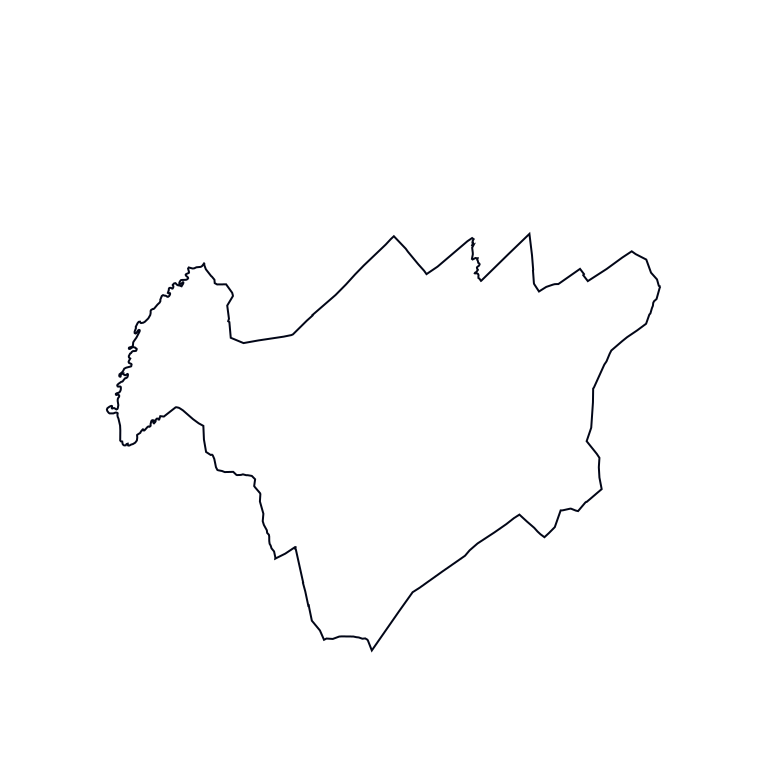 Malienas pag., Aluksne, Latvia, rotated 123°
{"feature_id": "27541924B29031976448606", "entity_name": "Malienas pag.", "entity_type": "district", "adm_level": 2, "iso_a3": "LVA", "parent_name": "Latvia", "parent_adm1": "Aluksne", "projection": "robinson", "projection_center": [27.166, 57.339], "detail": "fine", "context": "isolated", "style": "outline", "palette": "ink", "viewbox_px": 768, "rotation_deg": 123, "n_neighbors": 0, "source": "geoboundaries", "source_scale": "gbopen_adm2", "svg_char_len": 6166}
<svg xmlns="http://www.w3.org/2000/svg" viewBox="0 0 768 768"><g transform="rotate(123 384 384)"><path d="M471.4,623.3L472.1,622.5L475.8,621.7L476.8,621.1L477.1,620.8L477.0,619.9L476.4,619.5L473.0,619.4L472.1,619.0L471.9,618.5L472.0,618.1L473.0,617.6L479.9,616.9L484.9,617.1L485.9,616.9L488.5,615.5L489.2,615.5L490.1,615.7L492.1,617.5L492.6,617.6L493.2,617.3L493.4,616.8L493.0,616.2L489.9,614.8L489.6,614.5L489.0,612.5L489.3,611.7L489.1,611.1L489.2,610.6L489.8,610.2L491.1,610.0L492.0,610.8L493.1,612.4L494.5,613.0L495.9,613.0L496.8,613.5L499.6,613.2L500.5,612.5L500.8,611.7L500.8,610.7L502.5,610.6L504.2,610.4L504.8,610.0L505.2,609.2L504.8,607.0L505.0,606.4L506.7,605.7L507.1,605.8L510.7,609.1L512.6,610.2L515.1,609.9L517.1,610.1L519.9,611.1L521.2,610.6L521.7,610.0L521.6,609.2L521.3,609.0L520.6,609.2L519.4,609.9L518.9,609.8L518.2,609.3L517.1,608.3L517.7,608.0L517.8,607.4L517.6,605.8L517.1,605.4L515.6,604.8L515.3,604.6L515.3,604.1L515.7,603.7L517.6,603.0L518.6,603.1L519.6,603.6L520.1,604.2L521.9,604.5L523.9,604.6L524.4,604.7L525.2,605.5L528.2,606.7L529.7,607.1L530.4,607.0L531.1,606.1L531.0,605.6L529.8,603.9L529.8,603.3L530.6,602.5L532.3,601.6L533.9,601.3L535.1,601.4L536.7,602.5L537.2,603.0L538.3,603.5L538.7,603.3L539.0,602.8L538.9,602.4L537.9,601.5L537.7,600.8L537.8,599.9L538.5,599.4L539.0,599.2L540.6,599.3L541.8,599.0L543.3,598.1L546.4,595.3L549.3,594.1L550.2,594.0L551.1,594.6L551.1,597.0L551.5,597.7L552.6,598.6L552.5,599.1L550.7,600.0L550.7,600.5L551.4,601.2L552.6,601.9L554.4,602.6L555.1,602.8L556.5,602.4L557.4,601.2L558.1,599.2L558.1,598.1L556.1,595.0L554.3,593.7L553.6,592.6L553.5,591.6L553.9,591.2L554.6,591.0L555.7,590.3L556.7,589.3L557.5,588.0L562.6,582.7L566.5,579.9L575.0,574.5L575.4,573.5L574.8,572.2L576.5,570.7L576.9,570.0L577.1,569.0L576.9,568.3L576.1,567.2L574.6,567.2L573.6,566.4L574.9,565.2L574.7,564.6L574.1,563.9L572.7,563.2L571.0,561.8L568.7,560.7L566.0,560.5L563.4,561.7L561.3,563.3L560.8,563.2L557.7,561.8L556.3,562.0L553.4,561.6L553.2,561.2L553.4,560.7L553.9,560.5L553.7,559.9L553.2,559.6L548.7,558.9L548.0,558.5L547.6,558.0L547.7,557.6L546.8,557.0L546.1,557.0L544.8,557.9L543.4,558.4L542.0,558.9L541.1,558.9L540.3,558.3L540.0,557.4L541.7,556.9L542.3,555.9L542.3,555.5L540.7,555.2L539.8,555.2L539.0,555.8L537.2,555.8L536.7,555.6L535.9,554.2L536.0,553.9L536.5,553.6L536.2,553.2L532.8,554.1L531.2,550.9L517.2,546.1L516.8,545.8L516.5,545.3L515.7,543.2L515.6,541.8L515.6,538.4L517.5,525.0L517.9,518.0L517.5,512.7L528.6,504.8L537.9,496.2L537.9,490.7L537.0,489.8L537.1,488.8L539.3,485.5L545.3,479.6L546.8,477.0L546.7,476.2L545.2,472.5L544.6,469.6L539.8,462.6L540.6,458.3L540.4,457.6L538.2,454.5L536.6,453.1L535.5,449.8L534.7,448.6L533.2,445.1L533.1,444.7L534.1,440.2L540.3,437.3L540.8,436.1L543.1,428.4L543.7,427.7L550.1,424.1L558.5,414.5L565.1,411.0L567.6,408.0L570.5,402.6L572.5,400.9L573.1,398.5L574.3,397.3L578.2,394.7L580.3,392.9L581.2,391.1L583.1,388.8L584.3,385.0L588.7,380.6L589.7,380.1L580.0,374.4L569.1,369.7L569.0,369.2L570.6,368.8L570.6,368.0L594.6,343.6L594.9,343.7L600.8,337.1L611.2,326.7L610.7,326.4L612.5,324.8L621.8,315.6L625.6,303.5L631.2,295.0L628.8,293.6L625.7,288.1L620.2,284.0L618.7,282.0L612.5,272.2L611.4,269.3L610.3,267.1L609.4,263.4L607.6,261.2L607.5,258.8L607.8,257.9L614.1,249.1L566.5,247.6L543.0,246.6L535.8,243.3L509.4,232.9L483.9,222.5L476.9,221.6L466.8,218.7L448.4,210.6L434.9,205.1L425.8,202.0L419.8,199.3L421.5,189.2L422.8,179.7L424.1,174.9L424.8,170.9L425.1,166.0L419.2,164.5L411.0,162.8L393.8,167.0L392.7,165.4L387.2,160.0L386.7,159.2L385.7,154.2L384.9,152.0L373.7,150.6L372.7,150.2L372.5,149.8L353.6,144.2L345.1,152.4L336.8,158.5L328.6,163.1L326.7,167.5L321.6,182.9L307.8,186.4L285.7,198.7L273.9,206.1L272.7,206.0L247.7,209.8L243.9,209.7L235.8,211.2L232.1,211.6L218.4,207.6L212.3,205.6L201.2,200.9L190.7,197.0L181.2,199.3L179.8,199.0L174.5,200.6L171.9,201.1L169.3,202.4L167.5,202.6L164.3,201.7L153.1,205.2L151.8,205.4L151.7,205.2L152.0,207.0L147.6,212.0L145.2,220.7L136.8,231.8L138.0,243.7L137.8,248.5L148.1,253.0L166.2,259.9L186.7,269.1L184.2,276.2L182.9,276.1L180.7,282.3L205.2,292.2L207.2,295.1L208.6,296.4L214.2,300.8L222.0,304.4L218.4,312.5L217.8,313.2L207.5,321.0L207.1,321.0L195.4,330.0L178.9,343.8L206.9,350.3L244.5,358.7L244.7,358.8L243.7,361.3L243.7,362.5L242.6,363.3L241.2,364.0L240.5,365.1L240.5,365.9L240.7,366.6L241.7,367.9L241.7,368.2L241.0,368.2L239.9,367.6L237.2,367.4L237.0,367.5L236.7,368.6L235.7,369.5L234.9,369.5L233.1,368.8L231.7,368.9L231.2,369.4L230.9,370.7L231.0,371.0L229.7,372.3L229.1,373.4L227.5,373.9L227.8,374.4L228.3,374.6L228.2,375.1L228.5,375.9L231.3,377.5L231.2,378.4L226.9,380.1L225.6,381.0L221.7,384.3L218.7,384.6L219.9,385.2L219.8,385.7L217.4,385.8L216.6,386.7L216.9,387.0L215.6,387.6L213.7,387.7L213.6,389.6L218.8,391.8L256.4,403.0L268.7,408.2L267.2,412.0L264.9,420.5L260.0,436.1L258.7,439.4L254.7,456.2L258.7,457.2L266.1,458.5L295.6,465.5L307.7,467.9L321.2,470.1L335.7,473.1L365.2,481.6L365.4,481.2L372.8,483.2L392.0,487.4L393.5,488.4L398.9,493.9L415.9,513.1L426.2,524.1L428.7,537.7L416.3,547.4L416.2,548.9L413.8,549.5L403.6,558.2L392.6,558.6L392.0,559.0L390.2,561.0L386.4,570.7L391.4,578.2L391.6,580.9L388.9,583.0L387.7,586.8L387.6,587.8L384.8,595.9L382.2,599.4L381.0,600.2L380.9,600.6L384.1,600.8L385.6,601.5L388.3,604.9L390.4,606.2L391.4,607.5L392.6,611.2L393.9,611.2L396.4,608.4L397.1,608.2L399.6,609.8L400.5,609.8L401.0,609.0L401.4,606.5L401.9,605.9L402.8,605.9L404.0,606.4L404.6,607.0L407.0,610.4L407.6,610.9L409.0,611.0L410.3,610.9L411.5,610.2L410.6,609.0L409.5,608.4L408.1,608.0L408.1,607.6L409.1,607.1L412.3,607.0L412.8,609.3L413.4,610.4L413.5,611.7L413.0,613.8L413.9,614.8L415.9,615.2L416.3,614.9L416.7,613.9L417.9,613.3L419.1,613.3L419.4,613.7L419.4,615.1L420.3,616.3L421.3,616.3L422.5,615.6L425.3,614.9L425.2,613.9L424.4,613.2L424.7,612.6L425.5,612.2L427.2,612.1L428.5,612.6L428.9,613.3L428.7,614.0L429.0,615.5L429.4,616.1L429.8,617.7L431.2,618.3L435.2,617.5L436.2,616.7L437.9,616.5L440.7,617.2L445.6,617.8L446.6,618.1L446.9,618.7L448.6,619.6L449.9,619.5L451.5,618.4L453.5,617.6L457.4,617.4L462.2,618.5L463.7,619.3L465.2,620.9L465.3,621.5L464.6,622.6L465.5,623.6L467.2,623.8L471.4,623.3Z" fill="none" stroke="#020617" stroke-width="2"/></g></svg>